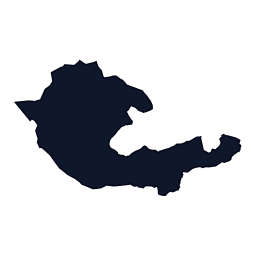 Ushongo, Benue, Nigeria
{"feature_id": "59680162B69595078054024", "entity_name": "Ushongo", "entity_type": "district", "adm_level": 2, "iso_a3": "NGA", "parent_name": "Nigeria", "parent_adm1": "Benue", "projection": "orthographic", "projection_center": [9.129, 7.115], "detail": "fine", "context": "isolated", "style": "filled", "palette": "ink", "viewbox_px": 256, "rotation_deg": 0, "n_neighbors": 0, "source": "geoboundaries", "source_scale": "gbopen_adm2", "svg_char_len": 4131}
<svg xmlns="http://www.w3.org/2000/svg" viewBox="0 0 256 256"><path d="M239.7,140.3L236.0,138.3L231.5,137.0L228.0,136.1L224.5,135.5L223.8,134.6L223.1,134.9L222.0,135.6L222.0,136.4L222.3,137.3L221.7,138.0L221.3,138.1L220.6,138.1L220.1,138.7L220.0,139.2L220.7,140.7L220.7,141.3L221.5,142.8L220.6,144.4L219.7,146.4L217.3,148.4L215.3,150.2L212.5,149.3L211.1,152.4L208.7,153.6L207.9,152.9L203.2,150.5L200.4,137.9L200.6,136.9L199.3,137.2L198.7,137.3L197.4,137.2L196.6,137.4L195.2,138.2L192.7,139.7L189.1,141.7L188.6,141.6L188.1,141.5L187.9,141.6L187.3,141.6L186.3,141.9L186.0,142.1L184.5,143.1L182.8,143.6L182.3,143.9L181.0,144.2L179.8,144.2L178.7,144.2L177.8,144.3L176.9,144.3L174.4,146.1L173.4,146.8L172.0,147.1L171.1,147.5L169.3,148.6L166.6,149.3L163.4,150.2L161.7,151.1L160.9,151.0L159.9,151.3L157.8,152.8L157.3,151.9L156.6,151.3L155.5,150.6L154.7,150.4L154.0,150.5L152.7,150.4L150.8,150.3L149.8,149.8L148.8,149.7L148.4,149.5L147.8,148.7L147.1,148.1L146.4,147.2L145.4,146.4L145.0,146.2L144.4,146.2L143.6,146.7L141.7,148.5L140.9,149.4L139.9,149.7L139.1,150.2L137.5,150.8L136.0,151.3L134.4,152.2L132.5,153.4L131.6,154.0L130.6,155.1L129.9,155.8L128.6,156.4L127.5,156.4L126.6,156.8L125.9,157.1L125.5,157.1L124.4,156.2L123.0,155.6L122.1,155.5L121.3,155.7L120.0,155.2L118.4,154.6L117.5,154.5L117.4,153.0L116.0,151.5L113.4,149.7L111.5,149.0L110.9,148.6L109.9,147.5L109.4,146.5L108.6,144.5L109.3,140.8L110.3,138.6L112.0,136.9L114.3,134.6L116.2,132.2L117.4,130.5L119.7,128.2L120.9,126.6L123.9,125.5L125.4,124.4L127.3,124.6L129.3,124.1L131.4,124.0L132.0,122.8L132.1,121.3L130.5,119.5L128.9,117.0L128.1,115.9L127.2,113.7L125.7,111.8L128.0,109.8L130.9,105.1L132.4,105.9L134.1,106.5L135.3,107.1L137.2,108.6L138.1,109.7L139.5,110.6L141.7,111.2L143.4,112.2L144.9,111.7L146.2,111.5L147.5,111.0L148.2,110.5L149.7,110.1L152.2,108.5L152.0,105.2L150.1,101.1L148.0,98.3L146.2,95.6L143.0,92.3L142.5,91.1L126.4,85.1L125.8,84.1L124.8,83.0L122.5,80.5L120.1,79.3L116.2,76.3L112.9,76.3L110.6,77.1L104.2,78.1L103.3,77.2L102.9,76.7L102.7,76.2L102.5,75.5L101.8,72.9L101.4,71.3L101.1,70.7L99.9,69.3L98.2,67.5L97.7,66.5L97.3,65.4L96.2,62.5L96.1,61.8L93.6,62.8L86.9,64.4L86.0,64.9L81.0,61.6L79.7,60.7L78.9,62.0L74.9,65.3L74.0,65.7L73.5,65.6L64.8,64.9L63.1,67.1L61.3,67.4L51.5,72.7L53.0,81.4L50.3,85.8L45.3,89.4L40.7,99.8L34.7,101.7L29.3,101.1L15.4,102.4L30.2,120.4L31.6,118.5L35.1,120.5L38.2,125.4L37.0,127.9L35.9,130.8L38.2,138.2L38.3,139.3L37.6,142.3L39.8,147.3L41.6,147.2L44.7,149.7L50.6,155.2L56.2,163.2L57.9,165.4L59.8,168.0L61.4,169.1L67.7,174.2L71.2,176.2L75.7,178.6L77.3,179.8L80.3,182.1L81.7,183.9L93.1,188.6L100.8,187.7L106.5,184.9L114.0,185.8L120.8,185.1L124.8,184.7L130.9,183.9L131.9,184.8L134.5,186.1L137.3,185.4L138.6,186.8L140.7,187.1L141.8,187.1L143.1,187.7L143.7,187.4L143.7,186.8L144.3,186.2L145.4,185.8L145.8,185.4L147.1,185.6L148.2,185.6L149.0,185.7L149.5,185.6L150.0,185.6L150.5,185.9L151.6,185.6L152.2,185.7L152.7,185.8L152.7,186.1L153.2,186.4L153.5,186.5L154.0,186.7L154.3,187.2L154.5,187.0L155.0,186.6L155.6,186.6L155.9,186.5L156.5,186.3L157.3,186.0L157.8,187.3L158.5,189.9L158.6,192.3L158.7,193.9L159.6,194.3L162.0,195.0L163.1,195.1L165.2,195.3L166.6,193.7L168.0,192.3L169.5,191.4L170.4,191.1L172.6,191.6L174.5,191.0L176.5,190.0L178.3,189.6L178.4,188.4L179.5,187.1L178.7,186.2L179.2,184.3L179.8,182.8L179.1,182.3L179.0,181.7L179.8,181.5L180.1,180.5L179.5,180.1L179.7,179.7L180.5,179.3L180.5,178.6L180.6,177.9L180.7,177.7L181.5,177.4L182.0,177.0L181.8,176.5L182.2,175.9L182.2,175.2L182.7,174.6L181.9,173.5L182.7,171.3L187.5,171.9L192.3,168.3L195.2,167.2L196.5,167.0L199.7,166.4L201.8,166.8L202.1,167.4L204.9,166.8L206.0,166.5L208.5,166.7L210.6,166.5L211.4,166.3L215.3,165.8L215.7,165.6L218.0,164.2L220.0,162.9L221.5,161.5L221.7,161.4L221.9,161.5L223.3,161.9L224.2,162.2L226.4,161.4L227.2,161.2L228.8,160.6L229.4,160.4L231.0,158.6L230.9,157.2L231.6,156.3L232.8,155.2L234.2,153.7L235.4,153.2L236.7,152.1L237.5,151.6L238.2,151.4L238.8,151.4L239.1,150.6L240.0,149.2L239.8,148.4L239.8,147.7L240.1,147.0L240.5,146.8L240.6,146.3L240.1,145.0L239.1,144.5L238.6,144.0L239.2,141.7L239.7,140.3Z" fill="#0f172a" stroke="#020617" stroke-width="1.5"/></svg>